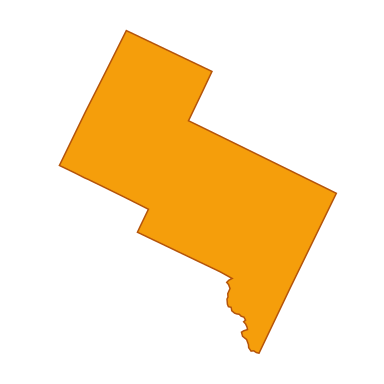 Ministro Andreazza, Rondônia, Brazil, rotated 296°
{"feature_id": "56859067B65241232430905", "entity_name": "Ministro Andreazza", "entity_type": "district", "adm_level": 2, "iso_a3": "BRA", "parent_name": "Brazil", "parent_adm1": "Rondônia", "projection": "orthographic", "projection_center": [-61.644, -11.16], "detail": "fine", "context": "isolated", "style": "filled", "palette": "amber", "viewbox_px": 384, "rotation_deg": 296, "n_neighbors": 0, "source": "geoboundaries", "source_scale": "gbopen_adm2", "svg_char_len": 892}
<svg xmlns="http://www.w3.org/2000/svg" viewBox="0 0 384 384"><g transform="rotate(296 192 192)"><path d="M308.3,62.2L267.1,61.8L244.7,61.5L218.1,61.1L157.7,61.2L157.8,78.2L157.6,89.3L157.8,92.8L157.8,120.7L157.7,140.7L157.6,145.0L157.4,160.4L138.4,160.5L131.9,160.6L132.0,173.4L132.4,227.8L132.6,252.2L131.9,266.0L128.9,263.8L126.0,262.8L124.8,265.5L121.9,268.5L116.3,268.7L113.4,270.4L111.1,270.4L106.7,273.0L104.9,275.0L105.5,277.7L102.7,279.8L101.8,283.3L102.0,285.5L102.8,288.1L101.9,290.6L102.3,293.5L100.3,296.3L98.0,295.3L96.9,298.0L94.7,300.7L92.7,302.2L89.9,299.3L87.7,297.9L84.5,300.7L83.3,305.8L79.6,309.6L76.9,311.2L74.9,314.8L76.3,317.1L75.9,320.2L76.5,322.9L149.1,322.3L162.0,322.3L188.6,322.3L201.8,322.3L215.4,322.3L254.1,322.3L254.2,298.0L254.3,258.5L254.5,186.6L254.5,157.6L286.0,157.4L309.1,157.1L308.3,62.2Z" fill="#f59e0b" stroke="#b45309" stroke-width="1.5"/></g></svg>